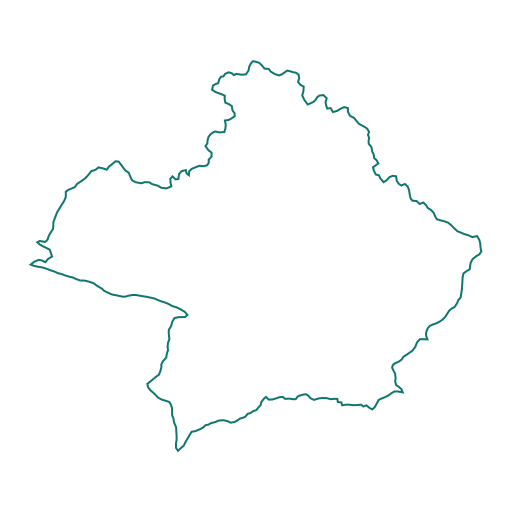 Araxá, Minas Gerais, Brazil (Albers equal-area conic projection)
{"feature_id": "56859067B23765834609949", "entity_name": "Araxá", "entity_type": "district", "adm_level": 2, "iso_a3": "BRA", "parent_name": "Brazil", "parent_adm1": "Minas Gerais", "projection": "albers", "projection_center": [-46.987, -19.634], "detail": "fine", "context": "isolated", "style": "outline", "palette": "teal", "viewbox_px": 512, "rotation_deg": 0, "n_neighbors": 0, "source": "geoboundaries", "source_scale": "gbopen_adm2", "svg_char_len": 5314}
<svg xmlns="http://www.w3.org/2000/svg" viewBox="0 0 512 512"><path d="M330.6,108.1L327.2,108.6L326.2,105.5L325.5,102.5L326.7,98.3L323.5,95.1L319.4,95.6L317.1,97.3L315.7,99.8L313.3,102.0L310.6,103.2L307.7,104.5L304.3,99.8L302.2,95.5L303.4,91.2L303.7,86.6L300.2,84.7L298.0,81.8L299.2,78.2L298.6,74.7L295.9,72.7L292.6,72.1L290.1,71.2L287.1,70.6L284.4,72.6L281.9,74.3L279.2,75.4L275.1,74.2L270.9,71.7L268.6,68.9L264.5,68.6L261.9,65.4L259.3,62.9L255.8,61.7L253.0,61.2L250.8,63.5L249.2,66.8L248.5,70.6L245.9,74.4L241.3,74.7L236.4,73.9L233.8,75.1L231.9,73.3L228.6,72.3L225.1,73.9L223.5,76.3L220.9,76.8L219.1,79.6L218.2,83.2L215.6,84.0L213.0,85.6L212.1,89.8L215.8,92.2L218.8,93.2L222.0,94.4L224.8,95.7L224.6,98.9L225.3,102.6L229.0,104.2L231.9,106.2L232.4,110.3L234.6,113.3L234.7,116.2L231.4,118.5L228.8,119.9L224.9,120.5L225.7,124.3L225.5,128.2L224.3,132.1L219.4,132.4L215.2,131.5L212.7,132.6L210.6,134.2L208.6,136.7L207.6,140.1L207.3,143.4L205.6,146.2L208.5,150.3L211.5,152.5L211.6,156.5L208.7,159.7L208.7,162.9L207.2,165.2L204.1,166.2L199.3,165.8L195.3,167.4L191.8,168.8L189.2,171.2L188.9,175.2L186.6,173.4L185.8,170.1L181.7,171.1L179.2,173.8L178.3,179.0L175.6,179.4L172.5,176.4L170.3,178.9L170.5,182.4L171.3,186.4L166.5,188.4L161.1,187.7L157.9,185.7L154.8,184.9L151.9,184.0L149.2,182.3L144.7,182.2L141.3,183.3L135.6,182.2L131.9,180.1L130.5,176.9L128.6,172.6L125.3,170.5L121.6,165.4L118.6,161.6L115.5,161.3L111.2,164.9L109.0,166.5L106.8,169.7L103.0,168.4L98.5,167.4L95.6,169.8L91.2,171.2L88.7,174.5L85.4,178.2L81.2,181.2L77.1,183.9L74.8,187.1L71.6,188.5L68.5,189.8L65.8,191.7L65.8,197.0L64.0,201.2L61.1,205.7L57.0,212.5L54.7,218.6L53.4,222.1L53.1,228.8L51.0,232.0L48.8,235.8L47.5,239.7L45.0,242.0L42.3,241.4L39.7,241.0L37.3,242.3L39.9,244.6L42.5,246.1L45.5,247.5L49.8,249.7L50.7,252.5L52.1,256.5L48.2,258.8L45.3,262.2L41.8,260.4L38.7,259.9L34.3,261.7L30.7,264.6L33.8,265.8L37.8,266.7L41.7,267.3L46.0,268.5L49.8,270.1L53.5,271.2L58.2,273.2L61.9,274.2L65.7,275.6L69.3,276.7L72.6,277.4L76.2,279.1L80.3,280.5L84.7,280.6L89.5,281.8L93.6,283.2L96.6,285.5L99.3,287.1L102.0,288.7L104.2,290.9L108.0,292.7L112.0,294.5L115.7,295.2L119.2,295.9L122.7,296.7L125.4,296.6L128.6,295.7L132.3,295.0L135.9,295.0L138.7,295.5L143.4,296.3L146.7,296.8L149.3,297.4L152.4,298.0L154.9,298.7L157.8,300.0L161.1,301.3L163.8,302.1L167.0,303.3L169.4,304.4L172.2,306.1L176.4,307.3L180.4,309.2L184.8,311.9L187.4,314.9L185.1,317.0L178.4,317.2L174.4,318.1L172.4,321.6L171.1,326.1L168.9,329.6L168.7,332.4L169.0,336.0L169.4,339.2L168.0,342.8L167.6,346.5L168.0,350.3L166.9,353.4L166.2,357.7L162.9,361.3L161.3,364.5L161.4,367.3L160.3,371.3L158.9,374.7L156.0,376.8L152.6,379.6L150.3,381.5L147.3,383.9L148.2,387.4L150.4,390.3L153.6,393.0L155.9,395.3L157.9,397.5L162.0,399.7L165.3,400.6L169.3,402.0L171.1,405.1L172.1,408.6L172.1,412.6L172.2,415.5L173.4,418.3L174.0,422.3L176.1,427.2L176.3,431.5L176.6,435.6L176.6,440.1L176.0,443.2L176.0,447.8L178.0,450.8L181.0,448.0L183.8,445.6L186.0,441.0L187.7,438.4L189.4,435.4L191.6,431.8L195.4,431.1L198.1,430.0L201.1,428.7L203.5,427.2L205.4,425.3L208.5,424.6L211.1,423.1L214.8,422.2L218.6,420.6L223.5,420.2L227.7,421.2L230.8,422.7L234.6,421.9L237.4,420.5L239.9,418.6L242.8,417.8L245.2,416.8L247.6,413.9L250.5,413.0L253.2,411.1L256.3,410.1L258.4,407.5L260.6,405.1L261.4,402.0L263.7,398.9L266.0,396.9L268.6,399.6L272.4,399.5L276.0,398.4L279.4,397.2L282.8,396.9L285.2,398.9L289.2,398.6L292.8,399.2L295.7,399.2L297.6,396.6L300.1,395.4L302.8,394.7L305.7,394.2L308.4,395.7L310.4,398.2L314.0,399.9L318.8,398.4L322.6,398.0L326.5,398.1L330.9,399.2L334.5,398.8L337.3,398.9L337.9,402.1L341.3,402.4L342.2,405.3L345.6,404.7L349.0,404.7L352.3,405.1L356.0,405.1L360.9,404.7L363.4,406.5L366.5,405.4L369.5,407.9L372.4,409.4L374.7,407.2L376.8,403.5L378.6,400.0L381.3,398.6L384.7,397.3L389.0,395.1L391.7,393.0L394.4,391.5L397.1,391.4L399.8,391.8L402.7,392.4L401.4,389.1L399.1,387.1L396.1,385.0L395.2,381.5L395.6,377.9L395.1,373.6L393.5,370.6L392.1,367.7L392.8,365.0L395.1,363.2L398.5,361.9L401.7,359.5L403.4,356.8L406.0,355.1L408.7,353.3L412.4,350.7L415.2,347.1L417.0,342.4L419.9,339.2L424.1,339.2L427.4,339.4L426.2,336.0L426.0,333.0L426.8,330.4L428.0,327.9L429.9,325.9L432.8,324.5L436.0,323.5L439.5,321.7L442.3,319.8L445.2,317.0L447.5,313.3L449.4,310.4L451.8,308.5L454.6,307.0L457.1,303.2L458.2,300.3L460.7,297.3L461.4,292.6L462.0,288.2L462.4,281.6L462.6,277.3L463.4,273.5L466.6,271.1L469.7,269.3L470.1,266.2L470.6,262.9L472.6,259.1L476.4,256.1L479.4,254.3L481.3,251.5L480.5,247.4L480.2,243.1L479.2,239.6L477.0,236.1L472.3,237.1L468.5,235.3L464.1,234.0L460.9,232.6L457.5,231.3L453.9,228.0L451.3,225.3L448.2,222.7L443.7,221.1L440.4,220.3L436.8,219.2L435.1,216.3L433.8,213.0L430.8,209.8L427.8,208.0L426.0,205.1L423.3,202.5L419.7,204.0L416.5,201.0L412.4,200.7L410.6,198.4L409.7,194.5L409.1,190.2L407.6,186.4L404.9,184.0L401.3,185.5L398.8,183.8L396.7,180.7L396.1,176.3L392.7,175.8L389.4,177.2L386.7,180.2L383.6,182.2L380.4,178.4L378.8,175.2L375.9,174.6L373.9,170.8L373.0,167.2L375.4,165.6L378.4,163.4L376.4,160.0L374.2,158.2L373.9,155.3L372.2,151.3L371.4,147.0L368.7,143.8L368.6,140.8L369.1,137.8L368.0,134.9L369.1,131.9L367.0,128.5L364.0,126.5L361.4,125.2L358.8,123.7L356.9,121.4L354.0,117.9L350.0,115.8L347.9,111.7L347.9,108.1L344.3,107.1L340.5,108.8L337.3,110.8L333.0,112.1L330.6,108.1Z" fill="none" stroke="#0f766e" stroke-width="2"/></svg>